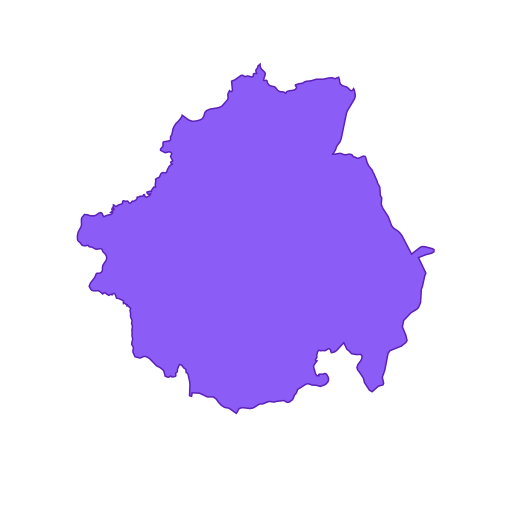 outline of Kayes, rotated 65°
{"feature_id": "MLI-2793", "entity_name": "Kayes", "entity_type": "Region", "adm_level": 1, "iso_a3": "MLI", "parent_name": "Mali", "parent_adm1": "", "projection": "albers", "projection_center": [-10.556, 13.794], "detail": "fine", "context": "isolated", "style": "filled", "palette": "violet", "viewbox_px": 512, "rotation_deg": 65, "n_neighbors": 0, "source": "natural_earth", "source_scale": "10m", "svg_char_len": 6115}
<svg xmlns="http://www.w3.org/2000/svg" viewBox="0 0 512 512"><g transform="rotate(65 256 256)"><path d="M120.0,297.8L119.5,297.8L118.5,296.9L117.3,294.0L113.7,292.2L113.5,291.3L114.8,286.7L114.9,285.1L114.4,284.1L112.0,283.3L110.3,280.9L105.5,277.3L104.0,275.5L102.1,272.6L101.1,269.5L99.4,266.1L98.3,264.4L97.2,263.4L104.3,259.5L107.1,256.6L108.5,252.7L109.0,249.3L109.0,247.5L108.5,245.9L107.1,244.1L104.2,241.5L103.3,239.3L103.4,235.7L105.3,229.1L105.9,225.6L105.8,223.7L102.7,216.5L101.9,215.2L100.7,214.4L97.5,213.2L95.7,211.2L95.0,210.1L96.2,209.6L96.6,208.5L96.0,207.4L87.2,204.2L87.4,200.5L86.0,193.2L86.6,191.7L88.8,190.2L89.3,187.4L92.0,184.1L92.1,182.7L90.0,181.5L89.8,180.5L90.8,178.3L88.5,178.0L87.3,177.4L86.2,175.2L84.5,173.7L83.9,171.2L85.3,171.9L87.2,172.2L89.0,172.0L92.5,170.7L94.3,170.4L95.6,171.1L99.1,174.3L100.0,174.8L100.7,173.8L101.1,172.4L101.7,172.0L103.3,172.4L104.9,172.4L106.6,171.9L108.0,170.9L110.0,168.2L111.2,167.2L114.6,166.5L116.1,165.7L117.3,164.6L118.3,162.7L119.5,161.2L120.9,160.7L120.9,160.1L120.1,158.9L120.0,158.4L120.5,155.3L121.5,152.4L121.7,150.8L121.5,149.6L120.9,148.6L119.9,147.8L119.4,147.8L118.4,148.4L117.6,147.8L117.9,144.8L118.9,141.3L119.0,140.4L118.7,138.4L118.9,136.6L120.5,132.0L121.3,126.6L124.1,120.6L125.5,114.4L126.6,111.7L128.7,109.4L128.9,105.5L131.4,105.9L133.6,106.6L135.8,106.8L138.2,105.6L141.2,102.4L142.6,101.6L145.7,100.5L146.5,99.7L146.7,98.4L145.5,96.9L146.5,96.7L151.2,97.7L153.2,98.5L155.3,100.4L162.9,111.6L164.5,113.4L185.4,129.0L188.1,131.7L190.4,136.2L193.5,139.2L196.2,143.4L196.9,142.0L198.2,137.1L198.9,135.7L201.2,133.6L202.1,132.1L202.9,129.0L203.5,127.6L204.9,126.2L207.3,125.8L208.2,124.4L210.2,123.0L210.8,121.1L210.7,117.6L211.1,115.9L212.0,115.0L213.3,115.0L218.3,115.8L221.8,115.8L227.8,114.3L229.4,114.7L230.6,114.4L239.1,114.6L241.4,115.0L245.4,114.7L246.5,114.9L253.6,117.7L256.5,117.5L261.3,120.2L263.2,120.8L266.6,120.9L276.2,119.5L285.8,120.3L289.0,119.5L293.7,116.7L295.3,116.0L299.4,115.1L320.0,114.2L317.6,104.0L317.6,101.5L318.8,99.2L323.8,93.1L325.4,92.0L327.4,92.9L327.7,95.7L326.6,101.6L326.1,109.4L343.4,109.3L345.0,111.2L353.7,117.9L356.0,120.2L367.8,126.6L371.5,130.7L372.2,132.8L372.9,139.5L376.9,149.5L382.2,153.3L391.1,153.7L396.4,154.8L397.7,156.6L399.1,162.3L398.4,174.6L400.2,177.6L413.9,187.5L419.2,192.7L425.3,194.1L426.5,195.4L425.7,200.1L428.1,208.1L425.6,209.9L416.5,211.2L412.0,210.3L406.0,211.2L402.2,212.0L399.8,211.7L397.5,209.6L395.0,205.0L393.2,203.1L391.5,202.2L389.5,202.6L387.7,206.8L384.9,210.7L381.6,211.7L379.0,213.0L371.7,213.1L375.5,222.3L376.0,224.1L376.1,226.0L375.5,228.5L374.4,228.6L372.8,228.1L371.0,228.7L370.6,229.9L371.1,232.9L370.6,234.3L369.7,235.8L369.2,237.6L368.0,238.8L368.3,239.9L368.8,240.6L371.4,242.8L373.7,243.7L374.7,245.5L375.3,246.0L376.0,245.9L376.8,245.0L379.2,249.4L380.8,250.7L387.9,251.8L390.1,251.5L391.1,249.5L389.9,249.2L390.0,248.1L391.4,245.3L391.6,243.2L392.2,242.4L393.9,241.9L396.7,241.8L399.0,242.6L400.7,244.3L401.7,247.1L401.8,248.3L401.4,252.9L398.7,255.9L396.7,259.7L394.5,261.9L393.6,263.2L393.3,265.0L394.6,274.8L396.7,276.8L397.4,277.7L398.3,280.0L400.8,282.4L401.7,283.9L402.4,287.3L402.2,288.9L401.3,290.1L399.3,291.3L398.6,292.3L396.5,298.6L396.0,301.4L393.6,305.1L393.2,306.9L392.9,312.3L391.7,315.3L391.7,316.6L392.4,321.1L392.4,323.2L391.8,325.7L388.1,331.7L387.3,333.8L387.3,335.9L388.0,337.2L389.2,338.5L390.3,340.4L383.3,344.3L382.0,345.5L379.9,348.5L376.6,350.6L372.7,351.8L368.9,352.5L365.8,354.1L363.1,359.7L356.5,365.1L353.0,371.7L356.0,373.7L354.5,375.3L344.4,370.1L340.9,369.0L334.4,367.6L333.3,367.7L332.1,368.6L329.3,367.5L328.7,367.6L327.3,368.6L323.3,369.6L322.1,371.1L322.6,372.0L325.3,374.9L327.6,376.2L328.3,378.4L330.4,379.1L330.9,379.5L330.9,380.6L330.6,382.2L329.8,383.6L328.7,383.9L329.0,386.0L328.6,387.1L326.6,389.1L321.5,388.2L320.0,388.4L316.6,390.1L313.6,392.5L304.1,395.8L301.4,397.5L300.2,398.9L299.6,400.2L299.6,403.5L299.2,404.6L296.2,408.2L291.5,408.2L290.0,407.7L287.7,406.1L286.8,405.7L283.7,406.0L282.2,405.3L279.3,402.9L276.1,402.2L273.1,400.7L270.5,399.7L267.8,397.8L264.6,397.3L262.0,395.5L259.3,395.5L257.7,395.2L254.7,393.8L252.0,393.2L251.0,392.1L250.3,391.8L247.1,393.1L246.6,394.1L245.6,393.2L245.1,394.2L243.0,395.0L243.1,396.2L241.8,395.8L240.7,395.0L236.7,398.2L235.3,400.2L231.3,399.8L229.8,400.4L229.7,401.2L230.4,402.9L229.3,403.6L229.5,406.0L227.8,407.2L226.1,408.0L225.1,409.1L225.7,411.0L222.7,412.3L221.2,413.3L220.5,414.2L219.4,417.0L218.5,418.4L217.7,419.2L216.4,419.8L212.9,420.0L210.5,417.4L207.1,410.9L204.8,408.6L204.4,407.7L204.6,407.0L205.6,404.7L205.1,402.3L203.6,401.0L201.6,400.1L199.6,398.6L196.3,393.3L194.8,392.2L192.7,391.6L191.0,391.7L187.4,392.9L185.4,392.8L184.3,393.1L183.6,393.9L182.5,397.6L181.6,398.8L178.8,400.7L177.2,403.2L175.2,403.8L174.7,406.3L173.8,407.9L172.5,409.2L169.8,409.7L167.1,410.8L165.5,410.8L162.1,409.3L159.1,407.0L155.7,402.4L154.2,401.1L149.0,398.8L147.5,397.4L145.9,393.9L147.3,391.4L149.7,388.9L151.3,385.5L151.3,383.5L150.7,380.1L151.1,378.2L152.4,377.5L154.4,377.6L156.0,377.3L156.2,373.4L156.8,371.1L157.0,369.1L155.9,367.6L155.1,369.2L153.7,364.9L153.0,365.1L152.6,366.0L152.6,366.7L151.9,366.1L151.0,364.4L149.4,363.6L150.0,363.1L151.8,362.3L152.0,361.3L151.6,359.2L152.1,355.6L151.7,354.7L150.0,353.7L150.0,352.5L151.1,351.4L152.0,349.1L154.3,348.6L155.0,347.5L154.8,346.6L154.0,345.0L154.0,344.7L154.6,344.0L154.7,343.1L154.5,341.2L153.9,339.8L153.5,339.4L152.5,339.0L152.5,338.5L153.1,337.3L152.8,335.9L154.0,333.3L152.9,331.9L153.0,331.4L153.5,331.1L155.0,331.6L156.3,330.6L156.5,330.1L156.2,326.9L155.8,326.0L155.1,325.3L154.9,326.8L154.3,327.7L153.3,328.1L152.0,327.9L152.5,324.6L153.3,323.5L152.3,322.9L150.3,319.6L151.1,317.9L148.8,317.2L145.6,315.1L144.1,314.7L143.7,313.3L143.7,310.3L141.1,307.2L140.9,305.6L141.2,304.7L142.3,303.1L142.4,302.2L142.1,301.4L140.2,299.7L138.1,296.8L137.5,295.1L137.5,293.2L135.9,293.8L134.9,293.7L134.7,292.8L134.8,291.6L134.5,291.2L129.9,291.5L129.1,290.8L128.0,289.3L126.8,289.1L125.5,289.8L124.7,291.2L124.0,294.7L120.0,297.8Z" fill="#8b5cf6" stroke="#5b21b6" stroke-width="1.5"/></g></svg>